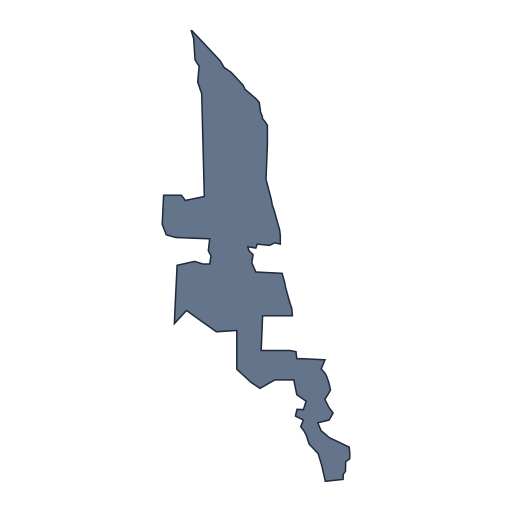 Wekilbazar, Mary, Turkmenistan
{"feature_id": "10190150B57236240934442", "entity_name": "Wekilbazar", "entity_type": "district", "adm_level": 2, "iso_a3": "TKM", "parent_name": "Turkmenistan", "parent_adm1": "Mary", "projection": "natural_earth1", "projection_center": [61.577, 38.453], "detail": "fine", "context": "isolated", "style": "filled", "palette": "slate", "viewbox_px": 512, "rotation_deg": 0, "n_neighbors": 0, "source": "geoboundaries", "source_scale": "gbopen_adm2", "svg_char_len": 1975}
<svg xmlns="http://www.w3.org/2000/svg" viewBox="0 0 512 512"><path d="M220.1,60.7L192.5,31.3L192.0,30.7L191.3,30.7L192.9,36.3L193.7,38.8L195.0,59.8L199.1,66.3L197.7,82.0L201.7,93.8L204.3,196.5L203.8,196.6L186.8,200.1L185.3,200.5L185.3,200.4L181.3,195.2L163.6,195.2L162.2,224.3L165.1,231.7L166.2,234.7L166.3,234.8L172.8,236.7L175.8,237.5L203.4,238.6L209.7,238.8L208.3,250.7L210.0,254.0L211.0,256.0L210.3,260.3L209.7,264.0L202.9,264.0L194.7,261.4L192.2,261.9L177.1,265.3L175.0,308.3L174.4,323.6L186.5,310.5L199.9,320.1L216.4,331.8L236.1,330.5L236.8,330.5L236.8,343.2L236.8,369.2L238.2,370.5L251.2,382.5L260.0,388.4L273.1,380.9L275.0,379.9L293.8,379.9L294.7,384.4L296.8,394.7L306.1,401.2L304.7,405.5L303.4,409.6L297.0,409.3L295.4,416.1L303.4,420.0L301.0,425.9L300.7,426.7L304.0,431.0L306.4,435.5L309.0,443.8L310.8,445.8L318.2,453.7L321.8,465.7L325.3,481.2L325.3,481.3L327.3,481.1L343.1,479.4L343.3,474.3L343.5,474.0L345.5,471.3L345.5,470.0L345.7,461.6L348.0,460.1L349.0,459.4L349.6,458.8L349.8,457.3L349.8,453.2L349.2,447.1L329.2,437.6L323.8,432.9L321.1,430.7L317.8,422.8L329.2,420.0L333.1,413.0L329.3,408.0L329.0,407.4L328.5,406.6L324.9,399.5L325.3,398.8L325.2,398.6L327.4,395.4L330.5,390.1L330.0,387.6L328.7,382.2L326.9,377.1L326.2,375.3L324.7,372.9L321.2,369.0L325.0,359.8L302.8,358.7L296.8,358.7L296.0,351.7L289.8,350.5L261.2,350.5L261.7,338.0L262.6,316.2L262.6,315.8L292.3,315.8L292.4,315.2L291.7,308.1L289.8,302.5L285.7,287.9L284.6,282.1L282.2,273.6L282.1,273.3L255.8,272.0L254.8,269.6L254.2,268.3L252.9,265.3L251.8,262.7L253.1,254.7L249.0,250.7L247.7,246.8L250.6,247.2L255.8,248.1L256.2,247.1L257.2,244.1L269.4,245.4L274.4,243.0L274.8,242.8L280.3,244.1L280.3,242.7L280.3,235.5L279.6,229.6L276.9,220.3L274.5,211.5L272.1,204.4L271.4,199.8L266.0,179.3L267.4,145.1L267.4,125.3L265.0,121.6L262.6,118.8L262.3,116.4L260.6,112.2L259.3,102.4L255.9,98.7L245.1,89.4L243.0,85.1L231.1,72.3L225.2,68.2L224.6,68.3L220.1,60.7Z" fill="#64748b" stroke="#1e293b" stroke-width="1.5"/></svg>